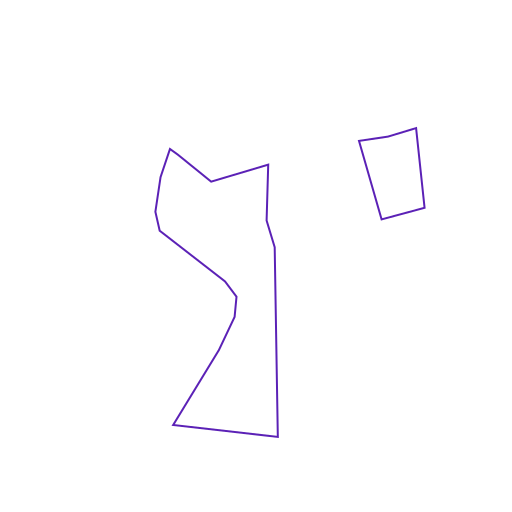 Ad Dawhah, Natural Earth projection, rotated 208°
{"feature_id": "QAT-1099", "entity_name": "Ad Dawhah", "entity_type": "Municipality", "adm_level": 1, "iso_a3": "QAT", "parent_name": "Qatar", "parent_adm1": "", "projection": "natural_earth1", "projection_center": [51.524, 25.27], "detail": "fine", "context": "isolated", "style": "outline", "palette": "violet", "viewbox_px": 512, "rotation_deg": 208, "n_neighbors": 0, "source": "natural_earth", "source_scale": "10m", "svg_char_len": 429}
<svg xmlns="http://www.w3.org/2000/svg" viewBox="0 0 512 512"><g transform="rotate(208 256 256)"><path d="M249.8,67.9L244.6,155.6L246.3,192.2L254.1,210.9L271.4,219.0L352.9,233.1L365.6,247.8L377.3,280.8L382.2,310.1L372.7,308.8L330.5,300.6L288.1,342.4L263.3,292.3L243.6,272.5L151.8,106.5L249.8,67.9ZM219.1,406.0L195.5,423.4L174.7,444.1L129.8,377.7L162.3,347.3L219.1,406.0Z" fill="none" stroke="#5b21b6" stroke-width="2"/></g></svg>